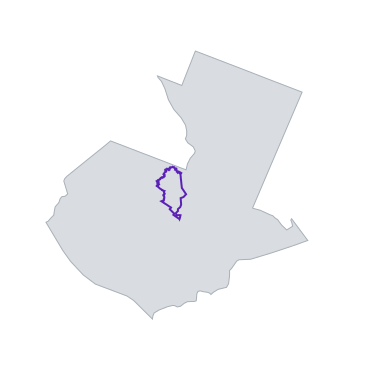 location of Cobán, Alta Verapaz, Guatemala, rotated 21°
{"feature_id": "79465075B25337893511969", "entity_name": "Cobán", "entity_type": "district", "adm_level": 2, "iso_a3": "GTM", "parent_name": "Guatemala", "parent_adm1": "Alta Verapaz", "projection": "mercator", "projection_center": [-90.634, 15.685], "detail": "fine", "context": "in_parent", "style": "outline", "palette": "violet", "viewbox_px": 384, "rotation_deg": 21, "n_neighbors": 0, "source": "geoboundaries", "source_scale": "gbopen_adm2", "svg_char_len": 5880}
<svg xmlns="http://www.w3.org/2000/svg" viewBox="0 0 384 384"><g transform="rotate(21 192 192)"><path d="M66.5,272.6L68.1,270.9L69.5,267.1L71.2,263.1L70.2,258.6L69.6,254.9L71.5,249.5L71.3,245.5L72.2,243.0L75.1,241.4L76.6,238.3L68.4,227.7L68.4,225.3L69.5,222.3L76.1,210.9L83.9,197.4L92.6,182.5L97.7,173.5L116.7,173.5L129.2,173.5L145.2,173.5L162.5,173.5L173.8,173.5L178.5,173.4L177.7,167.5L178.3,161.1L180.4,155.2L180.4,152.6L177.0,149.4L170.5,147.6L166.8,144.8L166.8,141.2L165.2,136.9L162.0,131.9L155.4,126.7L145.4,121.4L136.9,114.3L129.8,105.4L123.9,99.7L119.3,97.3L118.2,96.0L131.6,96.1L144.3,96.2L144.4,83.4L144.5,72.1L144.6,59.2L167.6,59.2L195.0,59.2L223.5,59.3L245.9,59.3L259.0,59.3L258.4,75.2L257.7,93.7L257.2,107.2L256.5,125.3L255.8,143.7L254.9,168.8L254.3,185.0L254.6,185.4L262.0,184.6L273.1,185.3L275.8,185.2L279.2,186.6L281.8,187.1L287.4,190.7L294.0,193.5L298.2,187.9L296.0,184.6L294.3,182.8L294.6,181.3L317.5,195.8L314.8,198.0L309.0,203.1L298.4,211.9L288.9,219.7L279.8,226.8L271.6,233.2L270.6,233.9L260.2,238.4L258.5,240.5L256.2,249.6L255.2,251.8L257.1,256.8L259.0,264.5L258.4,268.6L251.2,273.6L247.9,278.0L246.4,280.9L245.1,280.2L242.9,280.0L237.8,281.1L235.3,281.3L233.2,282.6L233.0,285.4L234.4,289.9L234.9,292.2L233.4,293.3L227.1,296.0L224.6,298.7L222.2,302.8L219.4,304.6L216.5,304.3L214.5,304.9L210.1,308.0L203.5,314.0L200.0,318.5L199.9,321.8L200.6,324.8L176.5,314.2L168.5,312.4L134.7,312.6L120.2,308.4L103.7,300.4L92.6,293.1L66.5,272.6Z" fill="#d9dde1" stroke="#a8b0b8" stroke-width="1"/><path d="M166.7,211.6L168.2,211.9L168.5,212.0L169.5,212.2L169.7,212.3L170.4,212.4L172.4,212.8L174.2,213.2L175.3,213.5L176.5,213.7L178.0,214.0L177.8,214.9L177.3,215.9L177.3,216.0L181.9,218.0L183.0,218.4L183.1,218.5L182.8,220.0L185.6,220.7L186.4,220.9L188.5,221.4L189.4,221.6L189.9,221.7L190.0,221.8L190.0,220.5L189.9,220.1L189.9,219.9L189.7,218.7L189.6,217.8L188.8,218.0L187.4,218.6L185.9,219.2L185.6,218.8L185.0,218.2L184.6,217.8L184.5,217.7L184.9,216.5L185.6,215.0L185.7,214.8L185.6,214.7L185.1,213.3L185.0,213.1L185.0,212.9L186.0,211.1L186.4,210.4L186.4,207.8L186.0,206.8L183.6,201.8L185.7,199.9L185.9,199.7L187.3,196.2L186.7,195.8L182.3,192.7L182.0,192.5L181.1,191.9L181.0,191.7L179.6,189.0L178.2,186.2L177.2,184.2L176.5,183.0L176.3,182.3L176.0,181.8L175.3,180.4L174.7,179.2L174.5,179.3L174.3,179.2L174.6,179.1L174.8,179.0L175.1,178.7L175.2,178.3L175.2,178.2L174.9,178.2L174.8,178.3L174.7,178.6L174.2,178.6L173.9,178.8L173.7,178.7L173.9,178.4L174.0,178.3L174.0,178.0L173.9,178.0L173.8,177.9L173.7,177.9L173.6,178.0L173.4,178.5L173.2,178.5L173.3,178.2L173.2,177.9L172.9,177.9L172.7,178.3L172.5,178.5L172.5,178.3L172.4,178.1L172.2,177.8L172.1,177.7L171.9,177.8L171.9,178.3L171.7,178.3L171.5,178.5L171.4,178.7L171.3,178.8L171.2,178.8L171.1,178.7L171.2,178.4L171.1,178.2L170.9,178.2L170.7,178.4L170.4,178.4L170.3,178.1L170.4,177.9L170.4,177.7L170.0,177.5L169.8,177.2L169.6,177.2L169.4,177.1L168.6,177.3L168.3,177.3L168.3,177.2L168.4,176.9L168.6,176.9L169.1,176.9L169.3,176.6L169.2,176.0L169.1,175.8L169.0,175.7L168.9,175.7L168.7,175.8L168.4,176.1L168.1,176.5L167.9,176.5L167.6,176.3L167.1,175.8L166.9,175.5L166.6,175.5L166.2,175.7L165.7,175.6L165.7,175.4L165.4,175.5L165.1,175.7L164.7,175.5L164.4,175.9L164.3,176.1L164.2,176.3L163.9,176.5L163.7,176.7L163.3,176.8L163.0,176.9L162.9,176.9L162.7,176.8L162.6,177.0L163.0,177.7L163.0,177.8L163.0,178.0L163.0,178.4L163.0,178.5L162.7,178.3L162.2,178.4L162.2,178.8L162.2,179.1L162.6,179.5L162.5,179.9L162.2,179.9L161.8,179.8L161.6,179.6L161.3,179.4L161.0,179.2L160.7,179.2L160.4,179.2L160.4,179.3L160.3,179.5L160.4,179.8L160.4,180.0L160.2,180.3L159.9,180.3L159.7,180.2L159.2,180.4L159.1,180.5L159.0,181.0L159.4,181.1L159.6,181.4L159.7,181.8L159.8,181.8L160.1,181.7L160.3,181.7L160.5,181.8L160.5,182.0L160.5,182.4L160.3,182.7L159.7,183.1L159.5,183.3L159.4,183.6L159.4,184.1L159.4,184.5L159.0,185.3L159.0,185.7L159.3,185.8L159.4,185.7L159.8,185.5L160.0,185.5L160.3,185.7L160.4,185.9L160.4,186.4L160.3,186.5L160.2,186.6L160.4,186.8L160.5,186.8L160.8,187.0L160.7,187.4L160.4,187.7L160.4,187.9L160.3,188.0L160.1,188.0L160.1,188.4L159.8,188.4L159.7,188.4L159.6,188.6L159.5,188.8L159.4,189.0L159.3,188.9L159.2,188.8L158.9,188.8L158.5,189.0L158.4,189.2L158.3,189.5L158.1,189.7L158.1,190.0L157.8,190.1L157.7,190.2L157.7,190.3L157.7,190.5L157.6,190.8L157.5,191.0L157.8,191.2L157.8,191.3L157.7,191.4L157.6,191.5L157.4,191.9L157.2,191.9L157.1,192.0L156.8,192.3L156.7,192.8L156.1,193.0L155.9,193.1L155.8,193.3L155.7,194.1L155.4,194.2L155.2,194.4L155.1,194.5L155.4,194.8L155.9,195.0L156.2,195.0L156.3,194.9L156.5,194.6L156.9,194.6L157.2,194.8L157.4,194.8L157.5,195.2L157.7,195.9L157.8,196.0L157.7,196.0L157.4,196.2L157.2,196.2L156.9,196.1L156.7,196.2L156.6,196.3L156.8,196.5L157.2,196.4L157.3,196.4L157.5,196.4L157.7,196.9L158.0,197.1L158.2,197.3L158.2,197.5L158.0,197.4L157.8,197.5L157.1,198.1L156.8,198.7L156.8,199.0L157.0,199.1L157.5,199.1L158.0,199.2L158.5,199.4L158.8,199.5L159.0,199.6L159.8,199.8L160.1,200.0L160.3,200.1L160.6,200.2L161.0,200.3L161.3,200.4L161.6,200.4L161.9,200.5L162.2,200.5L162.3,200.5L162.5,200.6L162.8,200.7L163.0,200.7L163.0,200.8L163.2,201.0L163.4,201.0L163.5,201.0L163.8,200.9L164.0,200.9L164.7,200.9L164.9,200.9L165.4,201.0L165.5,201.0L165.2,201.4L165.2,201.5L165.3,201.6L165.5,201.7L165.9,201.8L166.1,202.0L166.1,202.3L166.1,202.6L166.2,202.9L166.5,203.1L166.6,203.4L166.8,203.4L167.1,203.5L167.0,203.8L167.1,204.0L167.0,204.4L166.9,204.6L166.5,204.8L166.3,205.0L166.3,205.3L166.5,205.5L166.8,205.7L166.9,205.8L167.3,205.8L167.5,205.9L167.6,206.0L167.8,206.5L168.0,206.7L168.0,206.9L168.1,207.0L168.1,207.4L168.1,207.5L168.1,207.8L168.3,207.8L168.4,208.2L168.5,208.5L168.5,208.9L168.7,209.5L168.6,209.9L168.7,210.1L168.7,210.3L168.3,210.5L168.2,210.6L168.2,210.8L167.8,210.6L167.7,210.6L167.6,210.9L167.4,211.0L167.2,211.3L167.0,211.5L166.8,211.5L166.7,211.6Z" fill="none" stroke="#5b21b6" stroke-width="2"/></g></svg>